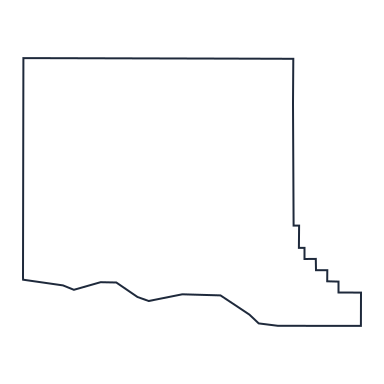 outline of Dodge, Nebraska, United States of America
{"feature_id": "52423323B41821983343245", "entity_name": "Dodge", "entity_type": "district", "adm_level": 2, "iso_a3": "USA", "parent_name": "United States of America", "parent_adm1": "Nebraska", "projection": "equal_earth", "projection_center": [-96.564, 41.568], "detail": "fine", "context": "isolated", "style": "outline", "palette": "slate", "viewbox_px": 384, "rotation_deg": 0, "n_neighbors": 0, "source": "geoboundaries", "source_scale": "gbopen_adm2", "svg_char_len": 490}
<svg xmlns="http://www.w3.org/2000/svg" viewBox="0 0 384 384"><path d="M23.1,279.7L63.0,285.4L73.9,289.8L100.6,282.2L116.3,282.5L137.5,297.0L148.7,301.0L182.3,294.3L220.5,295.4L249.4,314.6L258.7,323.4L277.9,325.8L360.9,325.9L361.0,292.6L338.5,292.5L338.5,281.6L327.2,281.3L327.3,270.2L316.0,270.2L315.8,258.9L304.5,259.0L304.5,247.9L298.9,247.9L299.1,225.6L293.6,225.6L293.0,103.3L293.3,58.8L228.4,58.6L23.4,58.1L23.0,277.4L23.1,279.7Z" fill="none" stroke="#1e293b" stroke-width="2"/></svg>